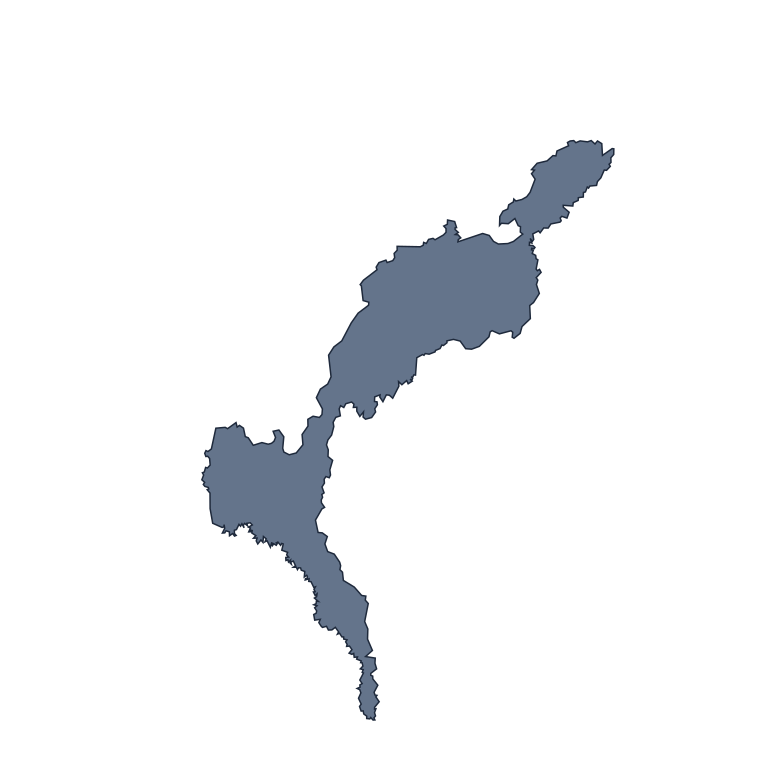 the district of Medio San Juan (Andagoya), Chocó, Colombia, rotated 25°
{"feature_id": "7082276B61520359869131", "entity_name": "Medio San Juan (Andagoya)", "entity_type": "district", "adm_level": 2, "iso_a3": "COL", "parent_name": "Colombia", "parent_adm1": "Chocó", "projection": "robinson", "projection_center": [-76.781, 4.808], "detail": "fine", "context": "isolated", "style": "filled", "palette": "slate", "viewbox_px": 768, "rotation_deg": 25, "n_neighbors": 0, "source": "geoboundaries", "source_scale": "gbopen_adm2", "svg_char_len": 6136}
<svg xmlns="http://www.w3.org/2000/svg" viewBox="0 0 768 768"><g transform="rotate(25 384 384)"><path d="M471.0,206.4L468.9,206.2L467.1,203.3L463.2,203.1L462.8,199.6L461.0,200.1L460.5,198.6L462.9,197.8L463.1,196.4L460.5,195.6L457.1,196.9L456.0,194.1L458.4,193.8L455.0,190.3L458.2,192.0L458.6,189.7L455.4,185.1L459.4,180.0L461.6,181.0L462.8,175.1L466.9,173.3L467.6,168.4L475.1,162.9L475.6,161.2L473.5,159.1L474.3,156.9L479.7,156.3L479.2,150.1L471.8,148.0L470.9,146.3L479.9,142.9L478.9,139.6L482.4,135.6L481.4,133.0L485.6,130.3L483.8,126.1L485.4,124.8L485.0,119.6L486.6,120.0L486.9,117.6L492.7,114.2L491.9,110.4L493.4,105.5L493.2,97.0L495.4,96.3L497.1,91.1L495.1,89.7L496.1,87.3L494.0,83.1L495.2,78.9L492.9,73.7L491.3,74.2L485.4,84.5L479.8,74.1L474.8,73.5L473.8,77.3L468.9,75.8L466.2,78.5L459.0,80.8L455.9,84.2L453.1,83.2L450.0,85.1L448.2,87.6L450.6,90.1L442.3,99.7L443.4,104.6L440.6,105.6L437.5,112.9L429.5,119.2L427.1,127.4L430.0,126.6L428.8,131.1L434.4,134.5L435.4,148.6L434.2,154.0L431.0,158.5L426.2,162.4L423.5,161.5L424.3,164.3L421.3,168.9L422.2,173.1L418.8,177.1L418.2,183.3L421.7,191.5L422.5,188.7L428.9,186.2L432.7,178.7L438.7,183.8L441.2,183.7L443.3,188.7L446.4,189.5L441.1,200.1L437.0,204.3L428.5,208.8L423.0,208.5L416.6,204.9L409.8,205.9L390.9,223.9L390.3,221.7L391.8,219.1L388.1,217.5L385.5,218.4L387.3,215.2L383.1,213.9L382.5,212.4L383.7,211.6L379.4,206.9L372.3,208.5L373.9,212.5L371.4,215.6L374.5,216.9L376.1,220.3L374.9,223.8L369.3,231.7L366.9,231.3L363.3,234.1L363.0,238.7L360.1,238.9L360.9,241.7L358.9,244.3L337.7,253.7L339.4,257.2L338.0,261.4L340.3,265.0L339.8,268.5L335.5,272.6L333.4,270.9L328.1,276.1L327.5,281.4L329.4,283.4L321.5,298.6L320.4,304.0L322.0,304.6L329.8,317.2L335.7,316.3L336.7,319.2L330.6,330.7L328.5,342.4L327.5,362.8L322.9,371.6L321.6,381.3L333.0,399.9L333.0,407.9L328.5,415.5L328.5,425.0L338.7,432.6L340.7,437.9L339.6,441.6L333.3,443.2L329.9,448.2L332.9,454.3L331.1,464.4L336.2,473.3L333.6,483.6L328.0,488.2L322.0,488.0L319.4,485.1L315.5,474.2L308.2,470.1L303.5,473.7L308.3,478.3L308.5,482.4L307.1,485.3L304.5,487.5L298.1,488.7L291.4,494.8L283.7,490.1L280.5,490.3L275.3,483.4L270.5,482.6L269.1,485.1L266.2,481.5L261.1,490.6L258.4,490.4L250.3,495.1L255.0,515.8L253.0,519.6L250.8,519.6L250.8,522.6L253.2,525.0L254.7,524.0L257.4,525.2L260.7,530.9L259.5,534.7L257.6,535.0L258.3,539.7L256.9,541.2L259.0,542.7L259.4,547.8L263.0,548.9L262.7,551.4L264.9,552.5L268.5,552.0L269.5,553.2L268.4,554.5L272.4,556.4L279.1,570.5L287.6,582.6L297.9,582.4L299.3,581.2L298.5,579.0L300.6,582.1L300.5,587.4L302.6,586.2L302.9,583.8L306.3,583.3L308.1,586.8L310.0,583.5L312.8,585.0L314.0,583.7L311.6,582.7L310.2,579.8L311.8,578.3L311.9,572.5L314.1,573.5L314.3,570.7L318.0,573.5L316.2,571.5L316.5,569.3L320.2,570.1L318.5,568.3L321.4,566.3L324.2,567.4L321.7,571.0L323.8,571.0L323.9,575.2L325.5,574.3L324.9,572.8L326.5,572.5L327.2,574.9L331.9,575.6L330.9,578.9L334.1,577.3L334.5,580.2L337.2,582.3L338.4,577.4L341.2,578.7L339.2,573.2L342.7,574.1L342.8,577.3L344.3,575.5L350.0,580.0L349.3,575.5L350.8,575.4L350.2,577.0L351.2,577.7L351.6,575.4L354.5,575.7L354.7,573.9L353.5,573.6L354.6,572.1L358.5,573.9L358.7,571.7L360.3,571.6L361.6,577.8L367.8,577.3L368.0,580.0L370.7,581.2L368.3,582.7L369.7,585.4L371.2,583.9L372.7,585.7L373.7,583.2L374.4,585.8L376.1,586.4L374.7,584.8L376.7,582.8L380.6,586.1L379.3,588.4L382.0,587.1L384.0,588.8L384.2,586.7L386.1,585.9L387.7,587.7L391.4,587.4L393.3,592.6L394.8,590.0L395.8,590.7L396.7,592.8L395.1,593.6L395.4,594.9L398.4,592.2L399.2,594.7L401.4,594.0L406.3,598.0L407.5,596.9L407.3,599.7L409.4,601.3L407.9,602.3L411.0,604.8L412.0,602.5L412.8,605.3L411.4,607.4L416.4,608.8L414.5,609.4L415.3,611.8L413.7,613.7L417.0,613.3L415.7,616.1L418.9,618.1L419.4,620.5L417.7,622.6L421.0,627.3L425.7,624.2L425.8,627.8L429.5,630.1L431.1,630.6L434.3,627.9L437.6,630.5L440.7,628.9L442.7,625.1L447.6,627.8L447.5,630.4L449.1,628.7L452.7,631.0L454.3,630.3L455.3,632.2L458.6,631.5L458.2,633.9L460.6,635.5L461.0,637.6L463.5,636.1L467.2,638.3L466.1,642.7L469.1,642.6L470.4,641.0L472.5,644.3L475.3,642.6L475.5,644.9L480.4,644.6L480.6,646.4L482.0,645.9L484.1,648.6L482.9,652.2L485.9,651.7L486.1,654.6L487.5,654.6L487.2,662.5L490.8,664.8L489.3,666.9L490.4,668.9L488.3,671.3L491.2,671.3L493.6,673.7L493.7,679.6L498.6,683.7L498.1,686.6L501.5,690.1L503.3,689.1L505.1,691.6L508.7,692.3L509.7,694.5L512.7,693.5L512.9,691.9L516.1,693.2L517.7,692.3L516.0,690.9L516.6,688.4L514.3,685.9L513.9,681.8L512.8,682.6L512.1,681.0L513.9,674.0L508.8,671.0L509.2,669.2L507.3,669.7L505.3,667.6L505.7,659.6L498.5,656.0L497.2,653.5L495.1,653.6L494.3,651.9L497.7,645.3L493.8,640.9L491.9,636.1L482.5,638.8L486.1,630.4L476.9,622.2L472.9,612.9L466.9,607.5L462.5,589.6L458.4,587.8L457.2,583.9L453.1,585.1L442.9,580.6L430.2,579.2L425.9,572.1L422.5,570.9L421.5,567.0L419.1,564.2L410.8,559.2L403.8,559.7L398.0,553.9L397.1,546.2L391.0,545.0L387.0,546.4L379.4,536.3L380.5,523.5L382.3,520.9L377.5,518.1L376.1,515.5L376.2,512.6L374.3,510.4L375.7,508.0L371.3,503.5L371.9,499.0L370.0,495.6L370.5,492.4L374.0,492.1L374.0,489.1L371.2,484.7L369.7,474.9L363.9,473.4L361.3,467.2L357.6,463.5L356.8,458.4L358.1,452.4L356.5,443.8L354.1,440.2L354.4,434.6L357.9,431.3L353.9,425.5L353.8,422.0L357.5,422.3L357.7,418.0L362.3,414.0L365.3,415.0L366.1,418.2L369.2,416.6L370.8,420.1L375.8,423.6L377.2,417.9L379.0,422.8L382.1,423.7L387.0,419.6L388.2,412.9L386.1,410.4L386.8,405.6L385.2,403.1L382.8,403.9L381.0,399.6L385.0,395.5L385.7,397.6L390.5,400.5L390.7,392.9L393.6,391.9L397.9,393.2L398.4,379.7L396.2,375.7L400.5,377.1L403.1,371.3L405.8,373.6L408.4,369.5L405.6,368.6L407.6,368.6L407.6,366.9L405.6,365.8L407.1,366.1L407.2,363.1L408.8,362.6L402.6,346.3L406.5,341.0L408.1,341.1L408.5,339.0L412.3,337.9L416.7,333.3L416.5,331.8L419.8,328.2L420.0,324.2L421.6,324.0L423.6,320.0L422.8,318.3L428.1,314.2L434.9,312.9L443.1,317.5L448.7,315.4L454.5,309.6L459.2,296.9L458.2,291.9L459.4,290.0L467.4,289.8L476.6,282.1L478.8,282.7L480.4,287.4L482.5,287.6L486.0,280.6L484.8,273.6L489.0,262.9L482.9,251.3L485.1,246.9L486.5,236.3L480.1,229.4L479.5,224.8L477.0,223.3L479.2,216.4L476.5,214.4L475.1,216.5L473.3,215.5L471.0,206.4Z" fill="#64748b" stroke="#1e293b" stroke-width="1.5"/></g></svg>